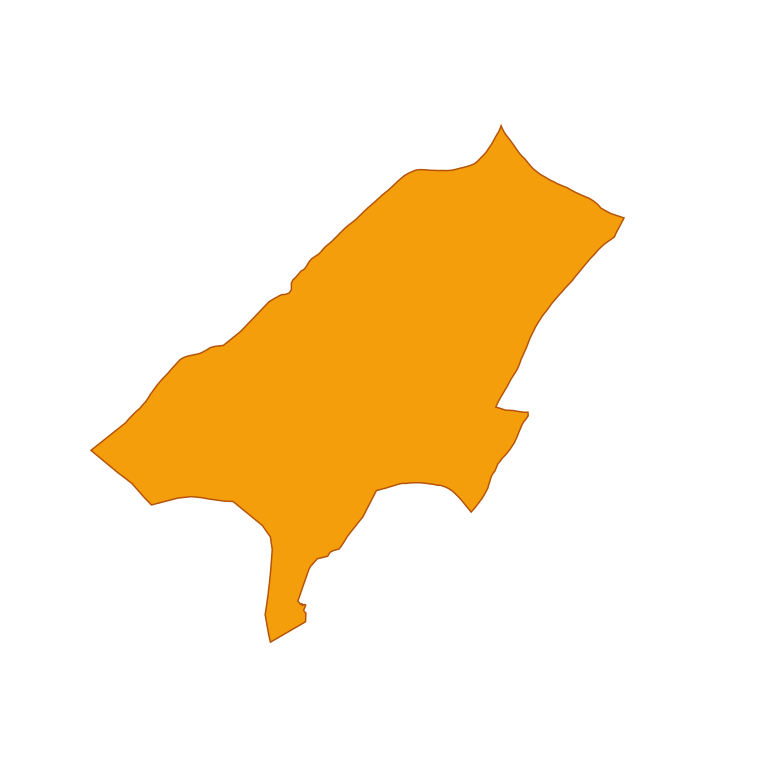 Mahliyah, Ma'rib, Yemen (Natural Earth projection), rotated 62°
{"feature_id": "15242507B61225716368783", "entity_name": "Mahliyah", "entity_type": "district", "adm_level": 2, "iso_a3": "YEM", "parent_name": "Yemen", "parent_adm1": "Ma'rib", "projection": "natural_earth1", "projection_center": [45.191, 14.667], "detail": "fine", "context": "isolated", "style": "filled", "palette": "amber", "viewbox_px": 768, "rotation_deg": 62, "n_neighbors": 0, "source": "geoboundaries", "source_scale": "gbopen_adm2", "svg_char_len": 4993}
<svg xmlns="http://www.w3.org/2000/svg" viewBox="0 0 768 768"><g transform="rotate(62 384 384)"><path d="M557.1,564.9L549.6,560.5L548.4,561.0L546.0,561.2L543.2,557.7L542.7,557.1L542.0,557.0L541.6,557.4L541.1,558.7L541.3,559.6L541.0,560.2L539.9,559.5L539.4,559.7L539.2,561.1L535.0,561.9L534.4,561.1L512.5,537.4L510.5,534.4L509.0,530.3L507.0,524.9L508.3,519.9L509.6,514.6L507.3,510.8L507.3,509.2L507.3,507.0L508.6,501.1L506.9,497.5L505.2,494.4L503.3,491.1L501.2,487.5L499.7,484.2L498.2,480.8L496.7,477.2L495.2,473.8L493.6,470.2L492.2,466.9L491.8,465.6L474.5,440.7L474.9,439.2L475.2,438.0L475.4,436.9L475.7,435.8L475.9,434.8L476.2,433.4L476.6,432.2L476.7,431.4L477.0,430.2L477.1,429.0L477.5,427.7L477.5,426.9L477.9,425.5L478.2,423.9L478.4,422.4L478.6,421.6L478.8,420.5L479.1,419.5L479.2,418.8L479.4,417.5L479.9,415.9L480.1,415.2L480.5,414.3L480.9,413.4L481.3,412.7L481.7,412.1L482.1,411.3L482.4,410.7L482.7,409.9L483.0,408.9L483.2,408.1L483.8,407.1L484.2,406.2L484.6,405.1L485.1,404.2L485.6,403.4L486.0,402.5L486.5,401.5L487.0,400.5L487.3,399.9L487.7,399.2L488.5,397.9L488.9,397.2L489.4,396.6L489.8,396.0L490.5,394.9L491.2,393.9L491.6,393.3L491.8,393.0L492.3,392.3L492.8,391.8L493.2,391.2L493.7,390.4L494.1,389.8L494.8,389.0L495.2,388.4L495.7,387.6L496.6,386.5L497.5,385.4L498.1,384.7L498.6,384.0L499.0,383.5L499.3,382.8L499.6,382.2L500.0,381.7L500.6,381.0L501.1,380.6L501.6,380.0L502.1,379.7L502.8,379.0L503.5,378.4L504.6,377.5L505.2,377.1L505.7,376.7L506.1,376.4L510.1,374.1L513.6,372.8L516.8,371.8L520.4,370.7L524.1,369.9L538.0,367.2L536.0,361.8L534.4,358.2L532.7,354.7L531.0,351.0L529.1,347.8L526.8,344.3L524.7,341.2L522.1,338.8L519.5,336.1L516.7,333.4L514.5,330.6L512.9,326.9L510.6,324.1L508.1,321.1L506.7,317.8L505.0,314.3L503.8,310.5L502.4,306.9L500.8,303.3L498.7,299.5L496.9,296.3L494.5,293.1L492.3,290.3L489.9,287.6L487.4,284.5L485.0,281.6L482.9,278.3L481.5,274.8L479.8,271.7L476.6,270.1L475.4,272.2L474.8,273.4L473.5,275.2L472.7,276.4L470.6,279.2L468.2,282.2L466.1,285.6L464.2,288.9L461.6,291.4L459.1,293.8L456.9,296.1L456.0,295.0L453.8,292.1L451.8,289.2L449.9,286.2L447.9,282.8L446.0,279.9L444.2,276.7L442.0,273.5L439.9,270.4L437.5,266.4L435.6,262.8L433.7,259.7L431.1,256.3L428.8,253.7L426.3,251.0L424.0,247.9L421.8,245.2L419.3,241.8L416.4,238.5L413.9,235.6L411.5,232.7L409.4,229.9L407.3,226.9L405.1,223.9L402.8,220.2L400.6,216.3L398.6,212.9L396.8,209.0L395.2,205.2L393.4,201.4L391.6,198.0L390.3,194.6L389.0,191.2L387.4,187.2L386.0,183.1L384.9,180.3L384.3,178.8L383.0,175.0L381.8,171.3L380.5,167.9L378.9,164.5L377.3,160.6L375.9,157.2L374.2,153.2L372.8,149.6L371.3,146.0L369.9,142.4L368.7,138.4L367.3,134.8L366.0,131.5L365.0,127.9L364.0,123.9L363.4,119.8L362.9,115.8L362.4,111.6L360.1,108.8L350.1,94.1L339.9,103.8L330.8,109.8L325.7,111.0L320.8,113.1L316.1,115.8L315.9,116.0L313.3,118.3L310.6,120.4L307.6,122.7L304.8,124.9L302.0,126.8L299.1,128.6L296.6,130.2L296.3,130.4L293.7,132.7L291.0,134.9L288.3,137.1L285.3,139.0L282.6,141.2L279.8,142.9L276.9,144.6L274.0,146.5L271.1,148.2L268.0,149.5L265.0,150.8L261.6,151.9L258.2,152.7L254.5,153.4L251.1,154.0L247.8,155.2L244.5,156.0L241.2,156.5L237.6,156.9L234.0,157.3L230.6,157.8L227.1,158.3L223.6,158.9L220.3,159.5L216.9,159.7L213.6,159.6L211.0,159.4L212.6,161.1L215.2,164.5L217.1,167.8L219.3,171.1L221.3,174.2L223.2,177.3L225.1,180.9L227.1,184.7L228.5,188.2L229.8,192.6L231.0,196.1L232.0,200.4L231.7,204.1L231.0,208.3L230.0,212.5L229.0,216.3L228.0,220.5L226.9,224.2L225.2,228.1L223.1,231.8L221.1,235.7L219.1,239.1L217.2,242.5L215.2,245.5L213.2,248.8L211.4,251.9L210.0,255.9L209.6,260.1L209.4,264.0L209.6,268.2L210.4,272.1L211.4,276.5L212.6,280.7L213.8,285.1L215.0,289.9L215.7,293.7L216.5,297.3L217.7,302.2L219.0,307.1L219.9,310.9L220.9,315.5L221.9,319.4L223.2,323.6L224.4,327.7L225.5,331.5L225.6,332.1L225.7,332.4L226.5,336.9L227.1,340.5L227.9,344.5L228.9,348.1L230.1,352.0L231.3,355.6L232.3,359.1L233.6,363.2L234.4,366.8L235.1,370.5L235.5,371.9L236.1,374.0L237.6,377.3L238.7,381.2L239.0,385.3L239.6,389.5L241.1,393.2L243.2,396.4L245.1,400.2L245.2,401.4L245.4,404.4L246.8,408.0L248.4,412.0L249.3,415.5L251.6,418.6L254.5,420.0L257.4,421.7L259.1,425.0L258.6,429.0L257.0,432.6L257.0,440.2L257.4,446.9L270.3,486.0L274.5,507.7L271.4,515.7L270.3,520.3L270.7,524.3L270.7,528.1L270.6,532.1L269.7,535.6L268.4,540.1L267.3,543.9L266.6,548.2L266.7,552.3L268.0,556.2L269.3,559.8L271.3,565.4L272.7,568.8L273.9,572.2L275.3,576.7L275.8,578.0L276.3,579.4L276.8,580.7L278.5,584.9L280.2,588.4L281.9,591.9L283.5,595.2L285.7,598.8L287.7,602.7L289.3,607.1L290.9,611.1L291.7,614.9L292.8,618.9L294.1,622.7L295.3,626.4L296.9,630.2L305.0,673.9L336.2,661.1L353.3,653.3L371.8,648.9L381.6,646.1L387.1,623.1L388.1,619.1L393.2,606.6L398.8,598.3L404.3,591.3L408.6,585.3L412.4,580.1L416.9,572.4L451.9,557.8L462.6,556.5L465.7,556.1L477.7,560.4L483.6,564.1L486.5,565.9L494.6,571.1L497.6,573.0L507.0,579.3L507.6,579.8L516.1,585.6L519.6,588.2L522.8,590.5L532.1,597.4L532.7,597.5L550.9,603.4L558.6,605.5L557.1,564.9Z" fill="#f59e0b" stroke="#b45309" stroke-width="1.5"/></g></svg>